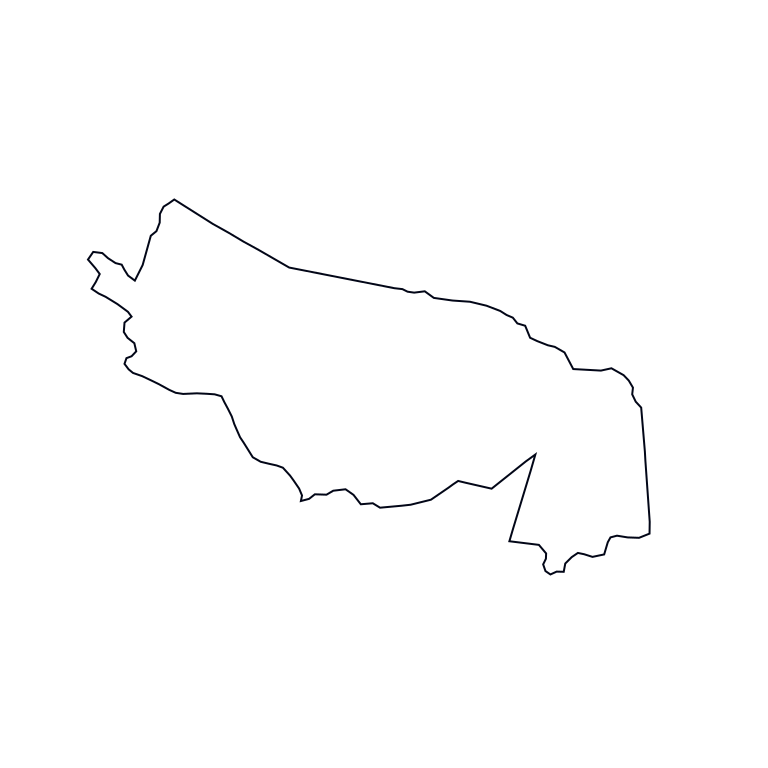 outline of Manari, Pernambuco, Brazil, rotated 58°
{"feature_id": "56859067B28008134974501", "entity_name": "Manari", "entity_type": "district", "adm_level": 2, "iso_a3": "BRA", "parent_name": "Brazil", "parent_adm1": "Pernambuco", "projection": "albers", "projection_center": [-37.559, -8.892], "detail": "fine", "context": "isolated", "style": "outline", "palette": "ink", "viewbox_px": 768, "rotation_deg": 58, "n_neighbors": 0, "source": "geoboundaries", "source_scale": "gbopen_adm2", "svg_char_len": 1881}
<svg xmlns="http://www.w3.org/2000/svg" viewBox="0 0 768 768"><g transform="rotate(58 384 384)"><path d="M371.9,255.6L359.8,267.5L349.5,281.7L337.4,296.1L327.0,300.3L322.5,310.0L318.2,315.1L313.3,318.1L308.2,324.5L235.0,402.7L204.0,419.2L188.8,427.7L173.6,435.5L157.6,444.3L116.4,464.1L116.8,470.9L116.8,476.9L121.0,483.9L128.3,488.7L133.8,496.0L134.7,503.2L155.2,525.6L164.3,540.5L156.4,543.6L149.4,543.6L143.8,543.2L139.2,547.6L131.0,551.4L123.7,553.5L117.9,560.6L121.6,569.1L132.7,567.4L140.1,566.8L144.8,574.4L148.3,581.5L156.1,578.0L162.5,573.9L175.0,567.7L187.1,562.9L193.1,562.4L194.4,571.5L202.0,577.1L209.0,577.0L217.1,574.1L225.0,576.8L226.7,583.4L225.6,588.7L229.4,593.4L236.2,592.8L241.6,591.0L249.2,584.9L257.8,579.4L264.7,575.1L275.2,569.2L281.1,565.3L286.0,559.6L292.7,547.7L298.3,539.6L303.0,533.1L308.3,528.3L314.7,529.0L322.3,529.5L330.9,530.3L338.6,532.2L343.9,533.0L352.9,534.3L359.4,534.1L370.5,534.1L376.6,534.1L384.6,529.8L390.6,523.9L396.2,518.2L401.4,514.1L412.0,512.2L417.8,511.8L427.7,511.4L435.1,512.6L439.2,516.5L441.7,508.4L440.9,501.1L447.4,491.4L447.6,483.6L452.9,472.4L461.9,468.6L473.7,467.4L479.2,456.7L486.8,452.9L496.5,433.7L500.5,425.4L507.0,405.5L506.1,384.2L505.7,378.7L505.5,372.5L510.7,367.4L529.8,348.2L524.8,304.7L524.0,293.0L535.3,305.6L575.1,351.2L583.8,361.0L602.5,337.9L613.6,336.3L618.0,339.3L621.3,344.6L628.2,346.2L633.7,343.8L634.6,337.0L638.5,331.1L632.3,325.4L630.3,316.6L630.0,309.1L634.4,304.5L641.1,298.8L645.2,287.6L636.8,278.1L634.1,273.2L636.1,266.8L643.2,258.7L649.6,249.2L651.6,238.1L641.7,231.7L587.6,203.0L579.6,198.6L540.3,178.4L532.4,179.9L524.3,179.0L519.0,174.8L510.8,174.6L503.5,176.1L491.2,182.8L487.6,192.9L471.6,215.6L452.9,214.2L443.0,219.5L438.0,224.5L428.7,231.4L422.2,235.6L409.4,233.4L403.3,238.8L396.0,239.6L390.4,243.5L383.7,246.7L371.9,255.6Z" fill="none" stroke="#020617" stroke-width="2"/></g></svg>